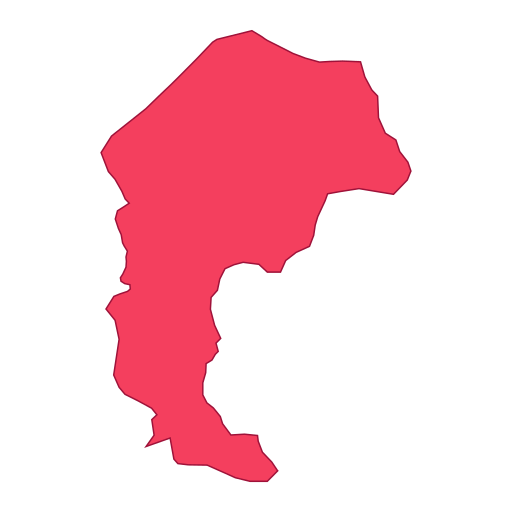 outline of Psevdas, Larnaca, Cyprus
{"feature_id": "46923920B98368391425464", "entity_name": "Psevdas", "entity_type": "district", "adm_level": 2, "iso_a3": "CYP", "parent_name": "Cyprus", "parent_adm1": "Larnaca", "projection": "equal_earth", "projection_center": [33.47, 34.949], "detail": "fine", "context": "isolated", "style": "filled", "palette": "rose", "viewbox_px": 512, "rotation_deg": 0, "n_neighbors": 0, "source": "geoboundaries", "source_scale": "gbopen_adm2", "svg_char_len": 1755}
<svg xmlns="http://www.w3.org/2000/svg" viewBox="0 0 512 512"><path d="M101.1,152.6L103.7,159.4L108.4,171.6L115.0,179.2L121.9,191.3L125.2,199.0L129.2,203.2L124.3,206.5L117.5,210.8L115.3,219.0L118.4,228.4L121.2,234.6L122.6,242.8L124.3,246.2L127.4,251.1L126.0,257.0L126.4,261.3L126.0,267.2L122.8,274.1L120.4,277.8L121.0,281.2L124.7,283.6L129.9,284.7L130.3,289.0L127.5,291.4L120.0,293.9L113.9,296.4L106.0,309.0L115.1,320.3L119.1,339.3L113.7,375.0L119.1,387.3L125.0,394.3L138.4,401.0L151.6,408.2L156.9,414.8L151.8,419.6L154.1,435.2L146.1,446.5L170.1,438.0L173.9,459.1L177.9,463.6L188.3,464.8L207.1,465.1L222.2,471.8L235.3,477.7L250.0,481.3L267.3,481.3L277.7,470.8L277.4,470.5L271.8,462.1L262.4,452.2L258.2,441.2L257.5,435.5L244.5,434.2L230.9,435.0L222.6,423.8L220.3,416.5L213.4,408.0L206.9,402.9L202.8,394.9L202.8,389.0L202.8,382.8L205.7,372.7L206.1,363.6L212.0,360.0L215.3,354.3L218.2,351.4L216.0,343.1L220.7,338.4L214.6,325.3L210.4,309.3L211.1,297.4L217.4,290.3L219.8,279.0L225.0,268.7L234.0,264.7L243.1,262.3L258.9,264.3L267.3,272.1L280.5,272.1L285.7,260.5L296.1,252.4L309.5,246.3L313.7,235.3L315.2,225.1L317.7,216.7L325.1,200.8L327.6,193.8L340.4,191.5L359.0,188.6L393.5,194.3L407.3,180.0L410.5,172.0L410.9,171.1L407.9,162.2L399.7,151.6L395.9,140.0L385.3,133.2L378.5,117.8L377.6,96.1L372.3,90.5L371.6,89.6L367.6,82.1L366.2,79.5L365.7,78.6L364.8,76.8L364.5,75.8L360.5,61.8L359.0,61.8L358.9,61.7L357.7,61.7L356.1,61.6L355.4,61.6L351.0,61.4L342.5,61.1L329.3,61.5L319.5,62.1L305.5,58.2L292.8,53.4L291.3,52.6L267.2,40.4L264.7,38.8L262.4,37.1L261.5,36.5L251.9,30.7L216.9,39.4L212.6,42.2L198.7,56.8L195.9,59.7L177.0,78.7L170.7,84.9L159.2,95.8L152.3,102.5L145.8,108.8L115.1,133.2L111.5,136.1L101.1,152.6Z" fill="#f43f5e" stroke="#9f1239" stroke-width="1.5"/></svg>